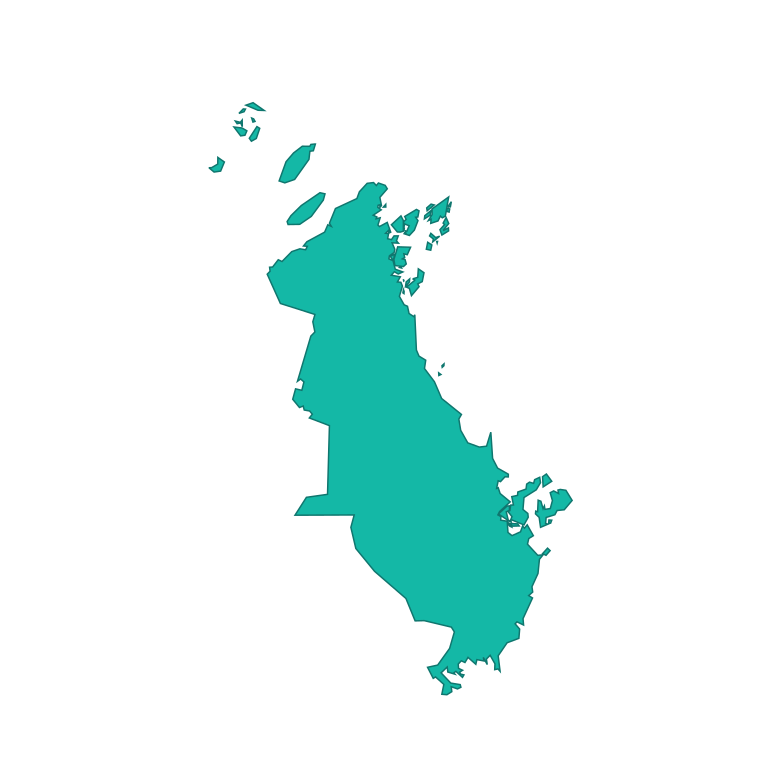 Northern Samar, Northern Samar, Philippines (Albers equal-area conic projection), rotated 67°
{"feature_id": "2640588B89959078713723", "entity_name": "Northern Samar", "entity_type": "district", "adm_level": 2, "iso_a3": "PHL", "parent_name": "Philippines", "parent_adm1": "Northern Samar", "projection": "albers", "projection_center": [124.669, 12.418], "detail": "fine", "context": "isolated", "style": "filled", "palette": "teal", "viewbox_px": 768, "rotation_deg": 67, "n_neighbors": 0, "source": "geoboundaries", "source_scale": "gbopen_adm2", "svg_char_len": 6181}
<svg xmlns="http://www.w3.org/2000/svg" viewBox="0 0 768 768"><g transform="rotate(67 384 384)"><path d="M683.9,446.3L692.2,452.0L694.6,447.5L693.7,441.8L688.9,440.4L693.4,435.5L693.2,431.7L690.5,431.3L685.4,439.4L672.2,444.3L669.2,436.4L674.1,437.8L678.8,432.1L677.2,432.6L676.6,430.1L684.7,426.4L683.0,424.1L681.0,426.8L678.8,427.0L678.2,423.5L674.9,426.5L670.8,425.1L669.0,421.0L672.0,418.3L668.5,413.5L677.9,409.0L674.0,406.2L678.0,400.2L674.4,399.4L682.6,398.6L677.2,397.2L675.2,392.3L684.9,391.2L690.2,393.7L690.8,390.4L693.8,389.4L678.8,385.1L670.3,371.8L670.8,359.2L662.6,354.9L656.0,357.0L654.9,354.5L660.4,349.7L654.3,347.7L639.0,330.9L635.3,333.5L633.6,328.4L628.4,327.0L618.6,316.3L606.1,309.4L603.4,304.3L601.8,309.4L587.5,314.5L582.8,311.1L582.0,305.8L569.6,307.2L571.6,311.0L568.9,311.9L573.4,316.1L573.6,325.4L569.1,327.9L560.1,324.8L564.0,323.8L565.5,322.4L564.0,322.5L558.3,324.5L554.9,329.8L551.7,328.2L549.0,330.3L546.6,327.5L541.8,313.9L530.2,319.9L524.1,319.4L524.3,320.6L524.2,321.2L517.7,316.7L519.4,314.9L516.7,308.9L518.1,305.9L515.6,304.8L505.8,312.3L494.9,313.1L470.1,304.5L481.3,313.9L479.3,320.9L470.9,329.9L456.6,331.5L445.5,328.8L442.3,324.6L419.9,336.6L401.6,336.7L385.6,340.7L378.4,336.3L372.0,340.9L365.4,340.9L332.3,328.6L333.7,330.2L328.9,333.4L321.6,332.0L319.0,334.5L309.3,335.6L301.1,328.8L297.0,328.7L295.3,331.8L291.7,327.1L286.7,334.8L284.7,330.6L288.3,327.9L288.2,322.9L282.7,328.8L274.1,327.5L270.7,330.6L268.1,328.9L266.9,323.3L264.2,321.4L257.2,321.4L260.0,315.7L257.1,316.6L253.2,313.0L251.6,316.9L254.0,320.7L251.7,323.9L247.4,321.1L245.9,323.6L244.0,318.9L247.0,320.8L246.9,318.5L236.5,317.9L237.3,326.6L235.3,327.5L229.5,322.6L228.8,326.7L227.4,325.3L224.4,328.0L222.6,318.5L219.0,320.7L217.2,319.6L217.4,317.7L219.8,318.8L218.8,316.6L210.6,314.9L205.6,304.7L201.6,305.3L196.8,310.6L198.3,313.5L194.5,314.9L192.7,321.1L197.4,331.5L202.7,336.5L203.5,360.1L214.7,371.4L218.3,370.9L215.5,373.5L221.0,379.3L222.9,399.4L225.5,404.2L227.3,400.8L229.8,403.7L226.7,408.6L226.1,417.2L231.4,430.0L228.3,432.8L232.8,440.8L231.8,443.7L235.7,444.8L237.3,448.6L269.4,447.9L293.0,420.4L298.9,425.2L309.1,427.3L311.3,432.6L347.7,462.6L346.8,458.8L350.8,456.9L357.7,462.1L353.9,467.3L362.4,474.0L372.6,471.0L372.7,467.0L376.8,467.6L379.8,463.0L383.8,461.8L386.1,466.0L401.0,450.5L463.5,479.1L458.0,499.7L470.0,517.2L492.9,462.6L503.0,470.5L524.4,474.2L552.7,465.9L590.0,447.6L614.2,447.9L617.5,439.5L634.1,417.0L639.7,416.1L653.0,426.9L663.7,444.4L661.8,454.6L674.2,453.7L673.8,451.0L683.9,446.3ZM141.7,357.9L136.3,353.4L136.1,353.8L134.9,357.7L136.2,359.5L133.2,366.3L136.0,377.0L141.1,387.3L156.1,401.2L160.1,396.7L160.8,386.3L147.9,365.3L140.8,361.3L141.7,357.9ZM564.7,256.3L552.9,258.1L549.9,263.0L549.6,265.3L553.0,266.1L548.7,269.6L549.0,273.5L557.1,274.5L563.6,279.6L562.3,284.8L558.9,284.0L561.0,286.3L553.2,285.4L551.2,287.5L561.6,292.5L560.3,294.0L562.7,295.3L567.4,293.3L577.1,295.9L577.1,287.9L575.4,289.7L570.2,286.9L571.1,277.8L568.1,274.1L570.2,267.2L564.7,256.3ZM537.6,310.4L545.9,312.1L545.0,314.7L549.7,317.6L549.8,319.7L556.1,318.0L558.3,320.2L568.4,310.2L563.0,303.3L559.4,302.2L553.8,305.1L543.2,299.5L540.9,285.2L536.0,278.5L530.7,277.1L530.9,282.7L533.9,285.1L531.2,288.4L531.9,291.8L536.2,294.3L535.7,303.0L538.7,304.6L537.6,310.4ZM185.9,364.0L182.9,368.2L187.4,390.4L192.7,403.9L196.6,409.7L199.7,410.0L204.1,399.2L201.3,385.4L191.0,368.0L185.9,364.0ZM237.1,251.4L241.6,271.3L246.8,273.5L250.9,279.3L250.8,276.3L254.4,278.2L255.0,270.6L251.5,266.5L253.8,265.4L253.5,262.0L237.1,251.4ZM238.3,284.1L236.0,285.9L237.9,299.5L241.1,299.3L242.2,302.2L244.4,303.6L246.4,303.6L244.7,302.5L248.2,299.0L252.3,303.3L251.2,304.7L253.5,304.9L252.8,305.9L253.5,306.8L257.2,302.6L254.2,295.9L246.9,288.9L242.9,289.7L243.5,287.6L238.3,284.1ZM279.2,327.7L283.5,320.2L282.2,316.6L277.7,316.0L276.0,318.2L275.6,315.5L271.9,314.9L274.1,312.1L268.5,306.1L263.1,317.8L273.2,326.2L279.2,327.7ZM297.2,303.7L291.4,307.4L299.0,311.3L298.5,315.7L298.7,316.2L300.2,315.0L300.6,315.2L303.6,325.5L305.9,323.3L313.4,324.2L308.1,313.7L305.0,313.8L304.7,308.8L297.2,303.7ZM250.9,306.5L241.1,302.3L235.9,302.7L240.3,315.0L249.3,312.3L250.6,309.4L250.9,306.5ZM117.3,444.2L110.5,448.4L116.6,451.1L117.5,458.2L116.7,460.2L117.1,460.4L122.5,457.6L124.2,451.2L117.3,444.2ZM261.6,261.7L255.1,261.8L259.0,266.7L260.9,266.0L263.8,272.2L269.5,272.5L268.3,264.7L265.5,263.7L265.9,269.0L265.4,269.1L261.6,261.7ZM539.1,267.6L530.3,269.7L531.3,274.3L540.9,277.7L539.1,267.6ZM545.2,316.0L544.5,318.6L548.4,329.4L558.3,322.9L549.4,321.4L549.3,318.0L545.2,316.0ZM85.4,387.4L73.9,394.6L73.4,402.1L82.8,393.0L85.4,387.4ZM97.4,411.3L92.9,414.6L88.8,421.7L99.6,419.0L100.7,414.8L97.4,411.3ZM100.1,398.5L97.4,400.4L105.2,412.0L108.7,411.2L108.1,405.6L100.1,398.5ZM269.7,275.0L269.4,279.2L263.6,282.0L265.5,284.2L269.8,281.9L272.2,283.6L269.7,275.0ZM602.3,296.2L599.0,297.6L602.1,304.3L605.0,301.8L602.3,296.2ZM270.6,288.4L276.5,292.4L279.1,288.7L274.7,285.6L270.6,288.4ZM246.7,275.6L242.8,273.3L245.0,280.7L247.8,282.3L246.7,275.6ZM238.8,267.8L236.8,270.4L238.6,275.9L241.4,276.6L238.8,267.8ZM91.8,413.9L85.6,411.4L87.0,414.0L83.9,418.1L87.0,417.5L87.7,413.9L91.8,413.9ZM76.8,404.1L75.8,406.1L78.2,411.8L78.7,406.4L76.8,404.1ZM268.7,323.8L268.9,328.3L273.3,327.5L271.9,325.6L268.7,323.8ZM297.3,319.3L298.7,323.7L302.5,326.0L300.0,320.7L297.3,319.3ZM567.5,315.0L565.0,315.6L561.8,322.0L565.0,321.4L567.5,315.0ZM574.9,282.8L573.6,285.3L576.6,286.9L577.2,285.0L574.9,282.8ZM248.5,255.1L246.6,257.1L249.7,258.7L251.2,256.9L248.5,255.1ZM91.9,400.1L89.0,400.4L87.5,401.9L91.7,402.3L91.9,400.1ZM221.8,313.2L219.3,312.2L220.9,315.5L221.8,313.2ZM388.9,320.9L389.8,323.5L391.4,323.9L390.6,321.7L388.9,320.9ZM397.6,330.2L397.5,327.9L395.1,329.3L397.6,330.2ZM242.5,250.8L245.4,255.4L246.2,255.2L246.9,253.7L242.5,250.8ZM304.8,329.2L307.5,331.0L308.6,330.3L306.6,329.3L304.8,329.2ZM560.5,320.8L558.7,320.6L559.0,322.5L560.5,320.8ZM284.1,322.5L282.4,322.6L282.8,324.2L284.1,322.5ZM275.0,280.0L273.7,279.0L273.4,279.8L275.0,280.0ZM296.8,325.3L295.1,325.3L296.9,325.6L296.8,325.3ZM250.5,305.6L248.5,304.4L248.0,304.9L250.5,305.6Z" fill="#14b8a6" stroke="#0f766e" stroke-width="1.5"/></g></svg>